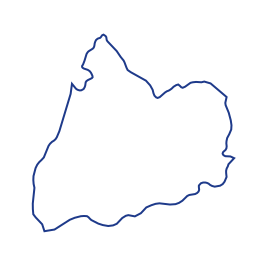 outline of Cotopaxi, rotated 354°
{"feature_id": "ECU-1279", "entity_name": "Cotopaxi", "entity_type": "Province", "adm_level": 1, "iso_a3": "ECU", "parent_name": "Ecuador", "parent_adm1": "", "projection": "mercator", "projection_center": [-78.819, -0.777], "detail": "fine", "context": "isolated", "style": "outline", "palette": "blue", "viewbox_px": 256, "rotation_deg": 354, "n_neighbors": 0, "source": "natural_earth", "source_scale": "10m", "svg_char_len": 2158}
<svg xmlns="http://www.w3.org/2000/svg" viewBox="0 0 256 256"><g transform="rotate(354 128 128)"><path d="M229.3,107.5L227.4,113.2L227.5,115.5L229.8,123.4L231.0,131.1L231.2,136.1L230.5,140.3L228.0,144.8L225.6,148.3L224.6,151.3L224.2,153.5L224.2,156.6L223.7,158.6L222.6,160.1L221.1,161.1L219.9,162.1L219.4,163.5L220.1,165.0L221.8,166.2L226.9,167.0L230.4,169.1L224.1,174.6L223.3,176.5L221.9,178.6L221.1,180.8L220.9,183.1L220.9,187.0L218.4,191.5L216.3,193.7L213.6,195.0L208.1,195.4L205.5,194.4L203.6,193.1L202.4,191.8L200.9,190.9L199.2,190.3L196.9,190.1L194.7,190.6L192.5,192.6L192.3,194.0L192.3,196.9L191.5,198.6L189.9,199.9L187.8,200.7L182.0,201.0L179.8,201.8L174.5,206.0L170.9,207.8L167.3,208.7L161.8,208.5L151.4,206.2L147.5,206.3L143.3,207.2L137.9,208.9L131.9,214.1L125.6,216.6L119.2,214.7L116.6,215.1L112.9,216.9L106.8,222.1L103.0,223.3L98.1,223.4L92.8,221.9L88.5,220.0L81.9,215.7L80.5,214.1L79.4,212.6L78.0,211.4L75.0,210.9L71.9,210.8L65.7,211.7L60.5,213.2L44.3,221.3L34.1,221.9L32.6,214.8L26.8,207.2L24.8,203.9L24.9,198.7L25.4,193.2L28.7,177.7L28.3,173.8L28.4,169.9L29.0,165.9L31.9,158.2L33.9,155.0L36.1,152.7L38.7,150.7L41.2,148.5L47.1,137.5L48.8,135.5L51.0,133.8L52.9,132.9L54.7,131.6L56.2,129.8L59.4,124.0L74.5,88.1L76.9,78.2L80.3,83.4L81.1,84.2L82.4,85.0L84.0,85.6L85.6,85.6L87.9,84.6L89.1,83.0L89.9,81.3L90.7,78.1L91.6,77.0L93.2,76.1L95.8,75.2L97.3,74.6L98.1,73.8L98.1,72.6L97.6,70.9L96.9,69.1L95.8,67.4L94.1,66.0L90.4,64.3L89.2,63.4L88.7,62.4L88.9,61.4L89.9,60.2L91.8,56.5L94.5,50.1L95.5,48.8L96.4,47.9L97.4,47.3L101.1,45.5L102.1,44.7L102.8,43.6L103.3,42.1L103.7,40.4L104.4,38.8L105.3,37.3L106.5,36.4L107.4,35.9L109.8,35.4L110.7,34.6L111.4,33.7L112.1,33.0L113.4,32.6L115.3,34.2L115.9,35.4L116.0,38.2L116.6,39.6L124.8,50.3L128.1,56.5L130.7,60.5L131.4,62.4L132.8,67.8L133.7,70.3L136.6,72.8L150.8,82.8L154.5,87.9L156.5,92.6L157.0,96.2L157.7,98.6L159.2,100.5L160.6,101.2L162.8,100.6L168.6,96.5L170.6,95.5L172.3,95.1L173.8,94.4L175.4,93.5L177.7,91.7L180.4,90.4L182.5,90.0L184.1,91.6L185.2,93.0L186.6,93.7L189.1,92.9L194.9,89.6L197.2,89.3L200.5,89.3L205.8,90.2L208.7,89.8L214.8,92.3L229.3,107.5Z" fill="none" stroke="#1e3a8a" stroke-width="2"/></g></svg>